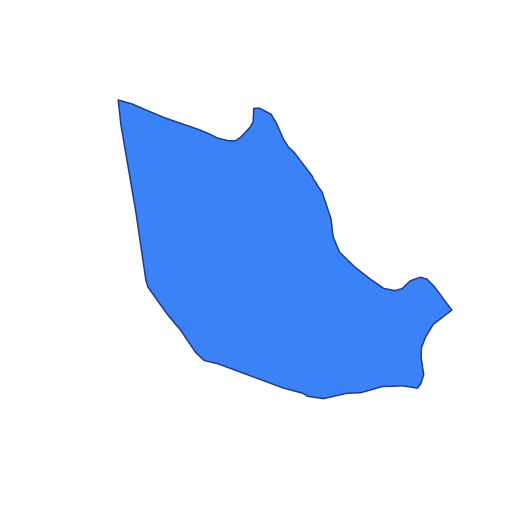 the district of Cantel, Quezaltenango, Guatemala, rotated 135°
{"feature_id": "79465075B39486283603330", "entity_name": "Cantel", "entity_type": "district", "adm_level": 2, "iso_a3": "GTM", "parent_name": "Guatemala", "parent_adm1": "Quezaltenango", "projection": "equal_earth", "projection_center": [-91.451, 14.814], "detail": "fine", "context": "isolated", "style": "filled", "palette": "blue", "viewbox_px": 512, "rotation_deg": 135, "n_neighbors": 0, "source": "geoboundaries", "source_scale": "gbopen_adm2", "svg_char_len": 950}
<svg xmlns="http://www.w3.org/2000/svg" viewBox="0 0 512 512"><g transform="rotate(135 256 256)"><path d="M145.1,345.6L149.0,358.1L153.2,361.9L161.1,354.8L163.0,352.8L169.1,351.3L182.2,350.8L189.1,351.9L194.5,357.6L200.1,367.3L202.7,375.3L204.7,380.3L207.4,386.6L214.7,401.5L223.3,419.2L232.0,440.7L236.1,451.1L243.1,463.7L258.4,444.8L309.6,372.4L351.1,316.6L354.4,310.3L360.0,277.2L361.8,256.6L366.9,230.5L366.5,218.7L359.3,207.0L329.8,142.8L319.8,125.6L318.7,120.4L309.1,107.4L289.4,95.1L278.6,85.3L258.6,74.1L254.5,70.1L244.3,60.7L235.2,48.3L230.0,49.1L221.3,53.5L211.5,66.9L204.0,74.1L193.7,78.7L179.1,82.3L155.8,79.3L151.6,108.4L151.4,118.7L154.8,124.7L164.5,129.4L175.8,129.6L182.2,133.3L188.6,142.7L191.5,158.7L193.9,177.7L194.3,199.5L187.9,215.0L176.6,229.4L164.1,254.4L162.9,261.7L161.8,264.9L161.2,269.5L159.9,272.2L155.8,302.1L156.0,310.2L154.1,318.9L147.6,335.7L145.1,345.6Z" fill="#3b82f6" stroke="#1e3a8a" stroke-width="1.5"/></g></svg>